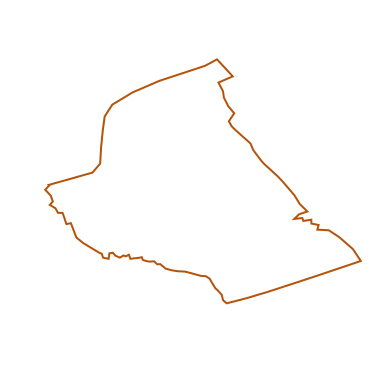 Vahun, Lofa, Liberia, rotated 252°
{"feature_id": "62588387B17909685690178", "entity_name": "Vahun", "entity_type": "district", "adm_level": 2, "iso_a3": "LBR", "parent_name": "Liberia", "parent_adm1": "Lofa", "projection": "robinson", "projection_center": [-10.503, 8.04], "detail": "fine", "context": "isolated", "style": "outline", "palette": "amber", "viewbox_px": 384, "rotation_deg": 252, "n_neighbors": 0, "source": "geoboundaries", "source_scale": "gbopen_adm2", "svg_char_len": 1566}
<svg xmlns="http://www.w3.org/2000/svg" viewBox="0 0 384 384"><g transform="rotate(252 192 192)"><path d="M243.0,57.8L242.3,58.1L239.5,53.1L232.2,56.5L225.9,56.7L223.7,52.8L218.7,57.1L213.6,58.1L212.2,62.4L208.1,62.6L200.4,62.6L199.7,67.2L192.0,67.6L189.7,67.7L184.4,68.0L177.1,72.7L163.1,84.8L161.2,87.1L157.1,87.1L154.2,92.0L159.2,94.5L158.7,97.9L155.1,99.5L151.9,103.1L152.8,107.2L151.3,109.1L151.8,112.6L147.5,112.8L145.7,121.9L145.5,124.1L143.6,124.1L142.3,124.5L140.0,128.0L138.9,130.1L137.8,134.5L134.0,136.6L133.2,139.5L130.9,141.0L127.3,143.2L123.6,148.9L120.9,154.3L118.5,160.7L114.8,166.5L109.5,174.5L107.7,179.1L104.1,182.0L98.3,183.2L93.2,184.5L90.4,186.1L85.1,188.5L79.5,188.1L75.4,190.6L75.0,196.9L74.5,204.7L74.2,210.5L74.0,215.4L73.9,221.9L73.6,232.2L73.7,282.7L74.2,331.2L74.7,331.1L88.0,327.4L103.5,318.1L113.3,310.3L115.4,304.9L117.4,299.6L119.8,301.1L121.5,302.2L125.1,295.8L128.8,296.9L130.1,288.9L133.1,288.9L133.7,286.1L134.8,281.0L137.7,286.9L137.8,293.1L137.8,295.7L147.2,290.8L157.2,288.4L172.9,281.9L180.2,278.5L196.0,269.5L199.6,267.8L212.9,263.2L220.1,262.6L221.5,261.8L231.6,255.9L237.1,252.7L240.9,250.7L242.1,250.1L247.8,248.9L249.2,250.6L253.8,256.5L254.9,256.0L262.5,253.0L263.8,252.8L270.7,251.7L271.9,251.5L278.2,252.6L287.9,251.0L288.0,251.9L288.4,256.1L288.9,261.5L289.3,266.5L293.3,264.7L310.4,256.8L308.0,243.4L307.9,227.4L307.8,195.3L305.1,166.3L299.7,143.2L296.1,138.8L295.9,138.5L290.8,132.3L278.4,126.3L262.5,119.3L247.8,113.6L247.4,113.4L241.2,103.4L243.0,57.8Z" fill="none" stroke="#b45309" stroke-width="2"/></g></svg>